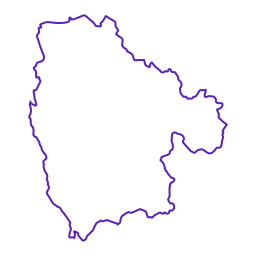 the district of Quang Uyen, Cao Bằng, Vietnam
{"feature_id": "81297802B42250510796537", "entity_name": "Quang Uyen", "entity_type": "district", "adm_level": 2, "iso_a3": "VNM", "parent_name": "Vietnam", "parent_adm1": "Cao Bằng", "projection": "orthographic", "projection_center": [106.453, 22.67], "detail": "fine", "context": "isolated", "style": "outline", "palette": "violet", "viewbox_px": 256, "rotation_deg": 0, "n_neighbors": 0, "source": "geoboundaries", "source_scale": "gbopen_adm2", "svg_char_len": 5724}
<svg xmlns="http://www.w3.org/2000/svg" viewBox="0 0 256 256"><path d="M205.5,89.8L204.8,90.1L200.2,90.2L199.5,90.8L196.5,95.6L195.8,96.2L194.7,96.7L193.7,96.9L193.2,97.2L192.7,97.9L192.2,98.4L191.6,98.6L187.6,98.6L187.1,98.4L186.7,97.6L186.0,96.7L185.4,96.7L184.3,96.9L183.8,96.8L182.6,95.9L180.5,93.0L180.0,88.9L180.0,88.3L180.4,87.5L181.0,86.7L181.4,85.9L181.5,84.5L181.3,83.1L180.5,81.9L178.8,80.0L178.2,79.1L178.2,77.4L177.7,76.2L176.1,74.0L175.3,72.6L174.8,72.2L172.8,72.1L171.9,71.9L171.7,71.7L170.8,70.6L170.6,69.7L170.1,69.2L169.3,69.1L168.6,69.4L168.1,70.9L167.8,71.3L167.2,71.5L165.1,71.2L164.1,72.1L163.5,72.3L162.2,72.4L161.1,72.0L159.8,70.3L156.1,67.4L154.6,66.0L152.2,62.8L151.8,62.6L151.1,62.8L150.7,63.2L150.1,64.9L149.7,66.9L149.1,67.2L145.8,65.4L145.3,64.5L144.8,63.0L144.4,60.9L144.0,60.0L143.1,59.9L141.8,60.1L138.0,60.0L135.9,60.3L134.8,60.2L134.1,59.8L132.7,55.3L131.8,54.1L129.2,52.3L127.8,51.7L127.0,51.1L126.6,49.6L125.8,48.9L124.3,48.0L122.5,46.2L122.2,45.4L122.2,43.8L122.7,40.2L122.4,39.2L121.5,38.1L117.4,35.2L116.3,34.3L116.3,33.8L116.9,32.5L118.0,30.8L118.0,30.1L117.4,29.0L115.9,26.9L115.4,25.3L115.5,23.9L115.4,22.4L115.1,21.7L113.7,20.8L109.8,18.6L106.5,16.3L105.8,16.2L102.8,21.2L100.8,23.0L100.6,23.6L100.6,24.3L100.9,24.9L101.0,25.7L100.8,26.1L99.8,26.5L96.0,26.0L95.6,25.7L94.7,24.2L93.3,22.5L86.7,16.8L85.1,15.6L84.0,15.4L83.3,15.5L74.7,18.9L73.3,19.3L71.7,19.4L71.2,19.0L70.5,17.8L70.0,17.6L69.7,17.6L69.4,18.0L69.5,20.1L69.2,21.1L67.6,22.1L65.0,22.7L60.7,23.0L56.5,23.0L47.4,22.0L44.2,22.8L40.6,24.3L40.3,24.6L40.3,25.4L41.1,26.5L41.1,27.4L40.8,27.6L40.3,27.7L38.9,27.8L38.6,28.7L39.1,31.0L38.9,32.7L37.5,34.5L37.1,35.4L37.0,36.3L37.1,37.0L39.0,42.4L39.7,44.9L42.4,52.3L43.7,55.3L43.9,56.2L44.0,57.5L43.9,58.3L43.3,59.9L42.2,60.9L41.2,61.5L38.4,62.3L37.1,62.8L36.8,63.3L36.2,64.6L35.9,66.0L34.0,67.5L33.8,67.9L33.9,68.6L35.8,71.2L36.2,72.9L36.1,76.8L36.4,77.4L37.0,77.6L38.0,77.2L38.6,77.3L39.2,77.5L39.4,78.1L39.3,79.5L40.3,80.5L40.3,81.6L39.6,83.1L38.6,85.0L37.2,88.1L36.3,89.5L35.7,90.3L35.2,90.5L34.3,90.2L34.0,90.2L33.8,90.6L33.6,91.3L34.5,97.2L34.6,98.9L35.2,100.1L36.3,104.5L36.0,105.4L35.3,105.6L32.2,104.1L31.0,103.1L30.4,102.2L29.8,104.6L30.8,108.2L31.0,111.1L30.4,113.9L29.4,116.2L29.3,117.4L29.5,117.9L30.5,119.0L30.7,120.0L30.7,122.5L31.4,125.5L31.9,126.3L32.6,126.9L33.2,127.6L33.3,128.3L33.6,131.7L33.4,133.7L33.3,134.5L33.5,135.0L33.8,135.5L34.8,136.7L35.7,137.0L36.5,137.4L36.8,137.9L37.7,139.9L38.8,141.3L39.2,142.1L39.9,144.9L40.3,145.6L41.3,147.1L41.7,149.3L42.0,150.1L43.5,152.3L45.2,154.5L46.0,155.6L46.3,156.5L46.4,158.4L43.6,161.0L43.3,161.5L43.3,162.3L43.7,163.8L43.6,167.1L44.0,168.6L44.6,170.3L45.2,171.7L46.8,174.1L47.2,175.0L47.3,176.2L47.1,177.8L46.8,178.9L46.9,179.8L47.7,181.5L47.9,182.9L47.8,184.5L48.6,186.0L48.8,186.8L48.9,187.9L48.7,188.8L47.4,190.9L46.9,192.2L46.8,193.0L47.0,193.8L48.6,196.1L52.1,202.1L52.8,203.0L53.8,204.1L56.0,205.5L57.0,206.4L59.3,207.4L59.9,207.8L60.5,208.4L61.7,210.8L64.5,214.1L70.0,222.1L70.2,222.7L70.1,223.3L69.6,224.1L69.6,224.6L70.9,228.9L70.8,229.6L69.5,233.9L69.2,235.7L69.2,236.2L69.4,237.1L69.6,237.4L70.1,237.6L71.6,237.3L73.6,237.3L74.3,237.8L74.8,236.1L75.0,233.3L74.2,232.1L74.2,231.5L74.4,231.4L77.2,232.5L78.1,233.3L78.4,235.5L82.2,240.1L83.3,240.6L85.4,239.6L86.4,238.1L87.0,236.2L87.8,235.2L89.3,234.0L91.3,231.8L92.4,230.9L93.3,229.5L94.7,226.3L96.5,222.9L98.4,222.1L100.1,220.8L100.8,220.6L102.6,221.4L105.5,220.4L107.4,220.2L114.0,222.6L116.6,223.4L117.3,223.7L117.5,224.0L117.5,224.3L119.2,223.5L119.7,223.0L120.3,221.7L120.6,219.3L121.4,217.1L122.3,215.8L125.9,213.4L128.5,212.0L130.7,212.9L132.6,212.4L140.0,209.1L142.1,209.8L145.7,211.4L146.2,212.2L146.7,213.7L147.1,215.4L147.7,216.8L148.4,217.4L148.9,217.4L150.1,217.0L150.6,217.1L151.9,217.7L154.7,215.2L159.5,212.6L160.1,212.6L162.6,213.7L163.4,213.6L164.3,212.6L165.0,212.5L165.9,213.3L166.7,213.6L167.5,213.6L168.6,213.2L169.1,212.6L169.5,210.9L169.7,210.5L171.5,210.7L172.0,210.7L172.4,210.4L173.2,209.3L174.1,208.5L174.2,206.8L173.9,205.3L173.2,204.0L172.3,203.3L171.3,203.5L170.3,203.3L169.6,202.5L168.7,201.0L168.3,200.1L168.2,199.0L168.5,198.3L169.1,197.5L169.6,196.1L169.6,192.8L169.5,190.7L169.7,186.3L170.4,183.7L170.7,183.1L171.7,182.7L173.3,181.5L174.1,180.7L174.3,179.8L174.4,179.2L173.4,178.2L171.3,177.7L168.7,174.7L166.5,171.3L165.3,170.0L164.3,165.7L163.5,163.7L162.6,162.3L161.7,161.3L160.5,160.3L160.5,159.9L161.2,158.5L161.5,157.2L164.6,155.9L168.2,154.6L169.3,154.0L169.7,153.1L169.8,151.8L170.3,150.9L170.9,150.3L172.0,149.8L172.5,149.1L172.9,147.4L172.7,144.2L171.8,141.6L171.4,140.8L171.8,138.9L171.7,137.3L172.1,134.4L173.1,133.0L174.3,132.5L175.0,132.4L175.8,132.6L176.4,133.2L177.4,133.6L180.7,134.5L182.2,135.3L183.2,136.5L183.9,137.8L183.9,138.8L183.6,139.9L182.9,141.3L183.0,142.1L183.2,142.7L184.7,144.2L185.8,145.7L187.5,147.5L188.8,148.8L189.9,150.2L191.1,151.3L194.1,152.8L194.9,152.6L196.3,151.3L197.2,150.5L199.3,149.7L200.8,149.3L202.4,149.5L203.6,150.0L206.9,152.4L209.0,153.4L210.2,153.4L211.2,153.1L212.5,152.4L214.5,150.7L215.2,149.6L216.6,147.9L217.4,147.7L219.2,147.7L220.1,147.4L220.9,146.7L221.3,145.7L221.8,143.1L221.9,141.7L222.5,139.3L223.1,137.6L223.1,137.0L222.5,134.8L222.7,134.1L223.3,132.6L223.3,132.3L222.7,131.6L222.7,131.2L224.1,128.4L226.7,124.7L225.0,123.2L223.1,121.8L220.0,118.9L218.7,117.4L218.7,116.2L218.8,113.9L217.0,109.8L217.3,109.5L217.7,109.2L218.9,108.9L220.5,108.1L221.8,107.0L222.4,105.8L222.5,105.0L222.4,104.0L222.1,103.5L221.1,103.2L218.1,103.1L217.1,102.9L216.2,102.1L215.9,101.0L215.8,99.1L215.0,97.8L214.1,96.9L212.6,96.4L208.5,96.1L207.0,96.8L205.6,97.0L204.7,96.2L204.6,95.6L204.8,94.2L205.7,91.6L205.5,89.8Z" fill="none" stroke="#5b21b6" stroke-width="2"/></svg>